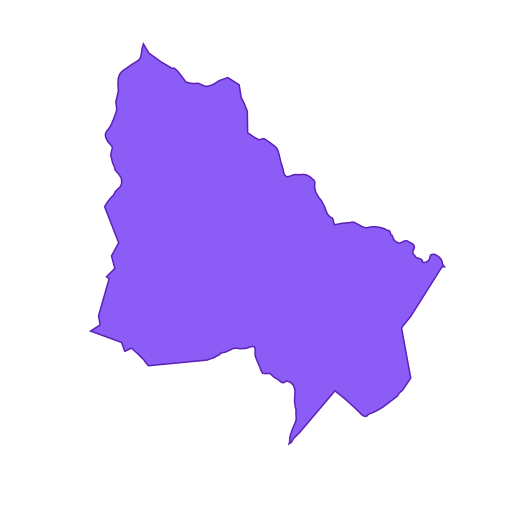 the district of Santiago Tlazoyaltepec, Oaxaca, Mexico, rotated 197°
{"feature_id": "50627088B24717754515407", "entity_name": "Santiago Tlazoyaltepec", "entity_type": "district", "adm_level": 2, "iso_a3": "MEX", "parent_name": "Mexico", "parent_adm1": "Oaxaca", "projection": "albers", "projection_center": [-96.974, 17.027], "detail": "fine", "context": "isolated", "style": "filled", "palette": "violet", "viewbox_px": 512, "rotation_deg": 197, "n_neighbors": 0, "source": "geoboundaries", "source_scale": "gbopen_adm2", "svg_char_len": 3967}
<svg xmlns="http://www.w3.org/2000/svg" viewBox="0 0 512 512"><g transform="rotate(197 256 256)"><path d="M353.6,126.5L348.0,131.5L339.4,127.4L336.6,125.8L332.9,123.9L330.4,121.9L326.8,119.6L272.1,142.3L270.7,143.5L268.7,144.9L266.4,146.5L264.4,148.8L262.3,150.6L261.5,152.4L259.3,154.1L257.3,155.0L255.4,156.7L253.4,158.4L251.7,160.1L249.8,161.4L247.3,162.2L245.0,162.5L243.6,162.8L239.1,164.5L236.7,166.1L235.0,167.2L233.1,168.5L230.8,168.6L229.9,167.2L229.1,165.1L228.4,162.4L227.4,160.1L225.0,156.9L222.9,154.5L221.4,152.5L219.8,150.9L218.5,148.8L216.7,147.0L215.4,145.8L212.0,146.4L209.9,147.3L208.1,147.7L203.0,145.2L200.0,144.6L197.9,144.0L195.5,142.8L193.6,142.6L192.1,143.1L190.7,144.9L190.2,145.4L186.6,145.4L185.1,144.7L183.0,143.7L182.2,143.0L180.4,140.6L179.2,138.4L178.3,134.7L177.8,132.6L177.2,130.1L176.6,128.2L174.4,123.3L172.8,120.7L172.0,117.9L170.8,114.4L170.2,112.9L169.8,111.5L169.7,107.7L170.2,105.2L170.2,104.0L170.6,99.9L170.7,98.4L170.7,94.8L170.4,91.5L169.5,88.1L169.5,86.1L169.0,86.7L167.9,87.9L167.2,90.1L166.9,92.3L166.3,93.2L162.5,100.4L141.1,150.1L132.8,146.9L125.3,143.6L118.8,140.5L112.0,137.1L108.5,135.1L106.0,134.4L103.9,134.8L103.0,135.6L102.1,137.6L99.1,140.0L96.9,141.8L92.8,146.0L90.3,148.8L82.4,159.8L79.8,163.5L79.0,166.8L76.7,170.3L73.8,179.6L72.4,184.6L95.7,229.6L95.0,232.1L92.4,238.6L90.5,243.1L75.0,299.9L72.6,300.8L73.7,301.5L75.2,302.9L76.8,305.7L78.9,307.6L81.3,308.9L84.2,309.5L86.6,309.8L89.1,308.3L89.5,306.7L89.2,304.7L89.3,303.4L90.3,301.2L91.5,299.9L93.5,298.9L94.9,298.6L95.6,300.3L96.7,301.1L100.1,301.4L102.7,301.5L104.0,302.6L105.9,303.7L107.1,304.9L107.4,307.1L107.0,309.0L107.1,310.9L108.5,312.8L111.4,313.8L113.3,314.0L116.1,314.7L118.5,313.8L121.0,311.4L122.7,310.1L125.6,310.4L128.0,311.2L129.8,312.9L131.1,314.4L132.1,315.7L133.4,315.9L134.7,318.2L136.5,319.3L138.4,318.8L140.6,319.6L143.6,319.7L148.3,319.3L152.1,318.4L155.1,317.2L158.3,315.4L160.1,315.1L162.4,315.0L168.7,316.3L172.1,316.9L172.9,316.8L174.6,316.2L176.5,315.1L178.2,314.6L180.8,313.4L182.8,312.7L189.9,308.9L190.6,309.6L191.7,311.0L192.2,312.1L192.9,313.3L194.2,314.6L196.5,315.0L198.5,316.0L199.9,317.1L201.7,319.0L203.9,321.9L205.4,323.9L207.4,325.7L208.8,327.3L210.2,328.4L213.4,330.6L217.5,334.5L218.7,336.5L220.2,339.3L220.6,341.2L221.1,343.3L222.4,345.3L225.0,346.3L226.9,347.3L228.6,347.8L231.5,348.3L234.5,347.9L238.3,346.4L239.7,346.0L241.7,345.6L244.2,344.4L246.7,342.3L249.7,340.7L252.7,342.1L253.9,343.9L255.2,346.4L256.8,348.8L257.7,350.4L259.3,352.4L262.5,357.9L265.4,362.7L268.1,365.5L271.1,366.8L276.2,368.7L280.4,370.0L282.8,370.6L284.7,369.6L286.7,368.0L291.9,368.9L300.0,371.4L302.6,379.4L306.6,391.9L311.5,398.0L316.5,403.3L318.6,407.6L320.5,411.4L322.2,414.8L335.1,418.4L342.3,413.1L345.4,409.4L347.5,407.2L350.1,405.2L353.7,403.4L361.7,404.3L366.1,402.7L369.2,402.1L372.1,401.9L374.5,402.1L375.5,403.1L382.4,408.1L384.2,409.3L385.9,410.4L387.1,410.8L389.0,411.8L391.0,410.9L403.6,413.9L417.7,418.7L425.7,425.9L425.6,421.1L424.6,414.3L424.6,410.9L425.6,408.8L427.7,406.4L430.6,403.1L435.0,397.4L436.9,395.1L438.5,392.7L439.5,390.0L439.6,385.3L438.4,380.5L435.9,373.6L435.1,362.2L433.7,359.2L432.1,355.6L431.8,353.4L432.0,349.8L432.3,344.4L432.6,342.6L432.7,340.3L433.0,338.9L433.3,337.0L433.8,335.6L434.1,334.8L434.5,333.6L435.2,332.4L435.7,329.2L435.4,327.4L434.2,325.2L432.7,323.7L431.4,322.3L429.3,320.9L427.4,319.7L425.2,318.2L424.9,315.5L424.7,312.6L424.5,310.1L423.2,307.9L421.5,305.1L420.5,303.4L419.3,301.9L417.9,300.5L416.7,298.5L415.9,297.1L414.3,296.1L412.5,294.9L411.3,294.2L409.4,292.6L407.8,291.2L406.8,289.5L406.2,287.7L405.7,285.8L406.0,282.9L407.1,280.7L408.0,279.2L408.7,277.6L409.4,276.6L409.6,274.7L409.9,273.5L410.5,271.6L411.5,269.9L412.4,267.9L413.3,265.6L414.2,262.9L414.8,260.7L415.1,258.8L391.2,228.5L394.2,213.8L387.4,202.9L392.9,192.4L389.8,191.4L389.1,152.7L384.9,144.6L387.0,142.1L392.3,135.8L359.3,134.0L353.6,126.5Z" fill="#8b5cf6" stroke="#5b21b6" stroke-width="1.5"/></g></svg>